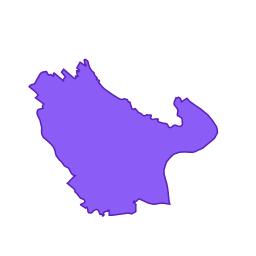 Vinh, Nghệ An, Vietnam (Robinson projection), rotated 335°
{"feature_id": "81297802B9978574523269", "entity_name": "Vinh", "entity_type": "district", "adm_level": 2, "iso_a3": "VNM", "parent_name": "Vietnam", "parent_adm1": "Nghệ An", "projection": "robinson", "projection_center": [105.69, 18.704], "detail": "fine", "context": "isolated", "style": "filled", "palette": "violet", "viewbox_px": 256, "rotation_deg": 335, "n_neighbors": 0, "source": "geoboundaries", "source_scale": "gbopen_adm2", "svg_char_len": 4857}
<svg xmlns="http://www.w3.org/2000/svg" viewBox="0 0 256 256"><g transform="rotate(335 128 128)"><path d="M133.7,214.7L134.0,213.1L134.6,210.5L135.4,208.4L135.5,208.1L136.0,206.6L136.7,204.6L137.3,203.0L137.6,201.9L138.1,200.4L138.5,199.0L139.0,197.1L139.6,194.7L140.0,192.1L140.3,190.2L140.8,187.5L141.1,185.7L141.8,183.7L142.3,182.3L143.0,181.1L143.9,180.0L146.0,177.6L148.3,175.3L150.0,174.3L152.4,173.2L154.6,172.3L157.2,171.4L158.9,171.1L160.8,171.3L163.2,171.5L165.5,172.1L167.3,172.8L169.6,173.8L171.6,174.9L174.0,176.2L176.3,177.3L178.6,177.8L180.2,177.8L182.3,177.7L184.7,177.8L187.2,177.8L188.1,177.6L201.8,174.0L202.4,173.6L207.1,170.1L208.4,166.4L208.7,164.0L207.7,157.1L206.0,150.1L205.9,149.9L203.6,145.1L203.4,144.6L202.1,141.8L199.0,136.8L195.2,130.0L194.0,126.0L191.2,126.3L187.4,126.9L188.0,124.2L187.9,123.3L186.8,121.5L186.4,121.6L185.7,121.6L185.3,121.5L184.8,121.1L184.4,120.8L182.8,122.3L181.2,123.6L180.4,124.8L179.9,125.9L179.7,126.6L180.0,127.7L180.4,129.4L180.7,130.7L180.8,132.4L180.5,133.5L179.7,134.7L178.7,136.2L178.0,137.6L179.0,138.6L179.8,139.9L180.5,140.9L180.7,142.0L180.7,143.2L180.5,143.8L179.8,144.9L179.6,145.6L179.5,146.5L179.2,147.2L178.6,147.9L177.7,148.4L176.7,148.8L175.5,148.4L174.4,147.8L173.4,146.6L172.3,145.6L171.4,145.1L170.4,145.0L169.2,145.2L168.2,145.6L167.2,145.7L166.4,145.5L165.5,144.6L165.2,143.9L165.3,142.6L165.3,141.7L165.0,140.8L164.3,140.1L163.1,139.3L161.9,138.5L159.9,136.8L158.6,135.7L158.1,134.9L158.0,134.3L158.2,133.8L158.8,133.5L159.0,132.9L158.8,132.3L158.1,131.9L157.2,131.5L155.3,131.1L154.5,130.9L153.6,130.4L153.0,129.7L152.7,129.2L152.7,128.5L153.1,127.9L153.9,127.2L154.3,126.7L154.3,126.0L153.7,125.6L153.1,125.3L152.2,125.2L151.8,125.0L151.4,124.4L150.9,124.0L150.0,124.0L148.5,124.0L147.9,123.9L147.2,123.3L146.8,122.8L146.5,122.0L146.2,121.0L145.7,120.1L144.2,118.7L143.2,115.1L143.0,114.3L142.8,113.5L142.2,113.3L141.6,113.3L141.1,113.8L139.7,112.2L140.2,108.5L140.7,105.3L139.4,104.8L139.4,102.1L137.0,99.9L134.4,99.7L132.1,97.4L128.3,91.6L123.2,82.7L121.8,78.8L121.5,77.9L121.5,77.0L121.4,76.5L120.5,74.7L120.4,74.4L120.5,74.2L120.9,73.9L121.4,73.9L121.6,73.8L121.8,73.5L121.9,73.0L121.9,72.7L121.8,72.3L120.3,71.3L120.0,70.9L120.0,70.7L120.1,70.4L120.8,70.2L121.1,69.9L121.0,69.2L120.3,66.9L120.2,66.2L120.2,65.4L120.3,64.4L120.5,63.6L120.4,63.1L119.6,61.7L119.1,59.9L118.9,57.9L118.8,56.4L119.2,53.9L119.5,52.0L119.7,51.4L119.7,50.3L119.4,49.5L118.6,48.2L117.9,47.6L117.4,47.6L117.1,47.9L116.8,48.5L116.6,49.5L116.2,51.2L116.2,51.6L116.3,53.8L116.1,53.9L115.8,53.9L115.2,52.8L112.4,48.1L107.0,52.0L108.4,55.0L107.2,56.1L106.2,54.6L105.7,54.4L105.6,54.5L104.6,57.6L104.5,58.2L104.4,58.7L104.6,59.7L104.5,59.9L104.4,60.1L104.2,60.0L102.7,58.9L102.4,58.8L102.2,58.8L102.1,59.3L101.8,60.5L101.3,60.8L101.0,60.9L100.6,60.7L99.9,59.7L94.5,47.5L91.3,49.3L92.9,54.9L93.0,55.2L92.8,55.5L91.1,55.9L90.6,56.4L89.4,58.0L86.1,50.7L84.4,47.1L84.1,46.9L83.8,47.0L83.4,47.4L83.0,47.9L82.9,48.7L82.8,49.1L82.5,49.4L82.2,49.4L81.8,48.8L81.0,47.4L80.6,46.9L80.2,46.7L78.9,46.7L78.4,46.6L78.3,46.3L78.0,43.0L78.0,42.4L77.8,42.3L76.2,41.8L74.9,41.4L73.3,41.3L71.9,41.5L70.1,42.6L62.1,48.3L61.8,48.4L61.0,48.4L58.7,48.0L57.3,48.0L55.9,48.8L59.7,56.7L60.2,58.7L60.5,60.3L56.9,61.6L60.6,68.3L61.7,70.7L59.9,71.7L59.6,72.1L59.4,74.1L54.8,73.4L54.0,73.5L53.5,73.8L52.8,74.6L51.9,75.9L51.5,77.5L51.5,83.8L50.7,87.8L50.0,91.1L48.2,94.6L47.5,96.3L47.3,97.8L47.3,99.0L47.3,100.7L49.3,105.0L51.3,109.7L51.7,110.9L52.1,112.6L52.4,114.0L52.4,115.3L52.3,117.5L51.7,119.8L51.2,123.1L51.6,124.6L52.0,126.5L52.3,128.0L52.8,129.0L53.3,130.2L53.7,131.5L53.9,132.9L54.1,134.4L54.5,135.5L55.7,137.3L56.8,138.7L57.3,139.7L57.3,140.8L57.4,143.8L57.5,145.2L57.8,146.2L58.6,147.7L59.9,148.9L57.6,149.5L49.9,152.5L49.6,152.5L52.7,158.9L53.5,160.5L53.5,160.9L53.6,161.8L53.5,162.4L53.1,162.9L53.0,163.3L53.1,163.8L54.2,166.4L54.4,167.9L55.2,171.3L55.9,172.3L56.6,172.9L57.9,174.1L58.0,174.4L58.0,174.8L58.0,175.6L57.8,176.4L57.5,176.9L57.1,177.2L56.7,177.3L53.0,177.2L52.7,177.3L52.6,177.6L52.7,177.9L55.3,181.9L55.6,182.7L55.8,182.7L56.4,182.4L56.8,182.2L57.2,182.4L57.4,182.7L57.1,184.4L56.4,187.2L56.4,187.7L56.4,187.9L56.9,188.4L58.8,189.5L59.9,189.3L61.8,188.5L63.3,188.2L65.1,188.6L66.1,189.5L66.3,190.2L66.3,191.6L66.2,193.2L66.1,194.2L66.3,194.6L66.7,194.6L67.5,195.0L67.9,195.5L67.9,196.3L67.9,197.0L68.1,197.2L68.8,196.9L69.6,196.6L69.7,196.0L69.6,195.5L69.7,194.9L70.1,194.5L70.7,194.3L71.8,194.2L72.9,194.1L73.7,194.6L74.1,194.8L74.5,194.8L75.5,194.1L75.9,194.2L76.1,194.5L76.1,194.8L74.1,199.1L74.9,199.6L78.0,200.8L92.1,205.1L95.1,207.4L99.7,207.1L102.6,201.0L102.9,200.7L101.5,197.8L102.6,196.9L103.3,198.1L106.8,197.2L108.0,196.7L114.7,204.6L117.0,206.5L119.1,208.0L121.8,208.9L125.7,209.8L128.4,211.2L129.0,211.5L132.0,213.6L133.7,214.7Z" fill="#8b5cf6" stroke="#5b21b6" stroke-width="1.5"/></g></svg>